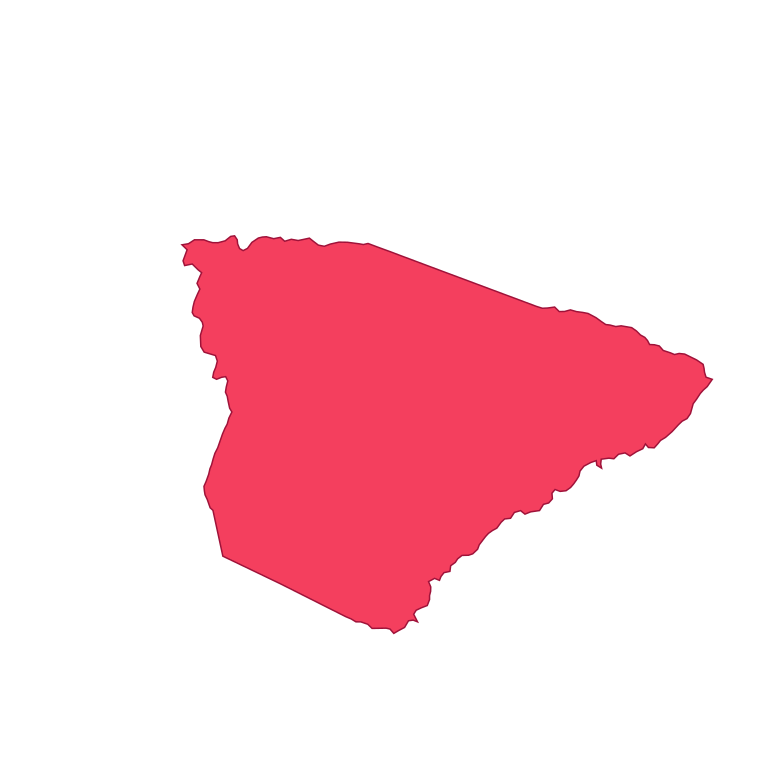 outline of Buritirana, Maranhão, Brazil, rotated 44°
{"feature_id": "56859067B76423615647039", "entity_name": "Buritirana", "entity_type": "district", "adm_level": 2, "iso_a3": "BRA", "parent_name": "Brazil", "parent_adm1": "Maranhão", "projection": "natural_earth1", "projection_center": [-47.054, -5.512], "detail": "fine", "context": "isolated", "style": "filled", "palette": "rose", "viewbox_px": 768, "rotation_deg": 44, "n_neighbors": 0, "source": "geoboundaries", "source_scale": "gbopen_adm2", "svg_char_len": 2834}
<svg xmlns="http://www.w3.org/2000/svg" viewBox="0 0 768 768"><g transform="rotate(44 384 384)"><path d="M616.9,152.6L610.9,155.4L606.4,152.9L603.3,150.4L599.9,148.2L592.3,149.5L579.5,153.6L575.1,157.0L572.5,161.0L568.4,162.6L561.6,165.9L555.6,165.4L551.3,167.9L547.6,171.1L543.4,169.7L539.2,169.3L534.4,170.6L528.8,170.5L523.0,171.4L514.2,177.4L510.8,181.7L505.6,184.6L502.2,187.2L497.0,188.1L490.5,189.0L485.9,190.3L481.8,191.5L477.2,194.5L472.2,198.2L466.6,201.2L463.5,206.4L459.7,210.2L453.3,210.1L448.9,215.7L445.3,219.5L439.7,222.3L345.5,263.3L306.1,280.4L296.3,284.6L292.3,286.4L283.7,290.2L274.9,294.0L272.3,298.0L268.6,300.5L259.2,307.5L253.0,313.3L248.2,320.6L245.4,326.4L240.3,329.7L234.2,330.4L229.0,330.9L225.8,335.7L222.6,340.4L216.8,344.3L213.4,350.3L207.6,350.5L203.7,356.1L197.1,359.8L194.4,362.8L192.2,366.3L190.6,373.9L191.6,381.3L190.0,385.9L186.0,386.9L181.4,384.9L178.2,382.2L173.6,381.2L171.2,384.3L170.3,391.3L166.5,397.6L162.5,401.4L159.1,403.3L154.3,405.4L147.5,411.9L145.9,418.9L142.0,424.2L149.1,424.2L153.9,435.0L158.3,437.3L162.7,430.9L170.8,431.0L175.5,430.6L176.9,434.6L179.6,441.5L185.6,443.6L187.4,448.9L190.2,456.3L193.2,461.4L196.4,465.8L200.0,466.9L205.6,464.9L210.4,465.8L213.6,467.9L218.2,476.7L226.2,484.3L232.5,486.0L243.0,480.6L248.2,483.3L251.4,488.9L253.3,493.8L256.2,498.2L260.3,496.9L262.5,492.0L265.0,488.7L269.5,490.3L272.6,495.7L275.6,500.0L279.7,501.7L283.9,504.7L289.7,508.6L294.0,509.8L296.1,516.3L299.1,521.8L300.3,526.2L302.5,532.0L308.7,545.4L310.5,551.3L313.1,556.5L316.1,561.9L317.7,565.9L320.6,570.7L323.7,577.6L325.6,582.7L329.1,585.7L332.2,588.0L337.2,589.9L344.9,593.8L348.7,593.7L387.7,619.8L447.9,599.8L518.2,577.9L523.6,575.8L529.0,574.6L532.6,571.2L539.2,568.1L545.2,568.1L555.1,558.2L558.5,556.1L564.3,556.6L565.8,551.2L567.9,544.8L566.1,537.3L569.0,533.6L573.3,531.8L565.3,529.0L564.3,524.4L566.3,519.1L569.0,513.3L566.5,507.4L563.7,504.5L561.6,500.8L558.6,497.5L553.3,495.2L555.4,488.7L560.3,486.7L558.7,482.9L558.2,478.0L561.6,473.0L558.2,468.4L559.2,462.8L558.4,458.6L559.2,453.1L563.8,448.4L565.8,444.5L566.1,437.8L564.2,433.5L563.5,427.6L563.0,423.2L562.9,418.9L563.8,414.0L565.3,409.3L564.3,402.2L564.5,397.3L568.3,392.7L567.0,385.8L570.2,380.2L575.8,379.7L578.3,374.1L583.8,367.0L582.3,359.8L585.1,355.2L584.9,349.6L580.7,345.9L580.3,341.1L585.3,338.9L589.1,334.3L590.1,328.8L589.8,323.9L589.1,319.3L588.1,314.7L585.5,310.5L584.9,304.2L587.3,296.8L589.9,291.7L593.5,294.6L599.0,293.4L595.5,291.1L592.5,287.2L597.3,281.1L601.3,278.1L601.5,271.6L605.3,266.1L610.9,264.9L612.7,257.2L615.1,250.8L613.7,245.5L618.3,246.0L622.7,242.2L622.5,236.9L622.1,232.5L623.6,226.7L624.3,218.2L624.1,208.6L624.3,203.6L626.0,198.4L625.0,192.4L620.1,183.4L619.4,177.9L618.1,171.1L617.9,166.5L618.3,161.4L616.9,152.6Z" fill="#f43f5e" stroke="#9f1239" stroke-width="1.5"/></g></svg>